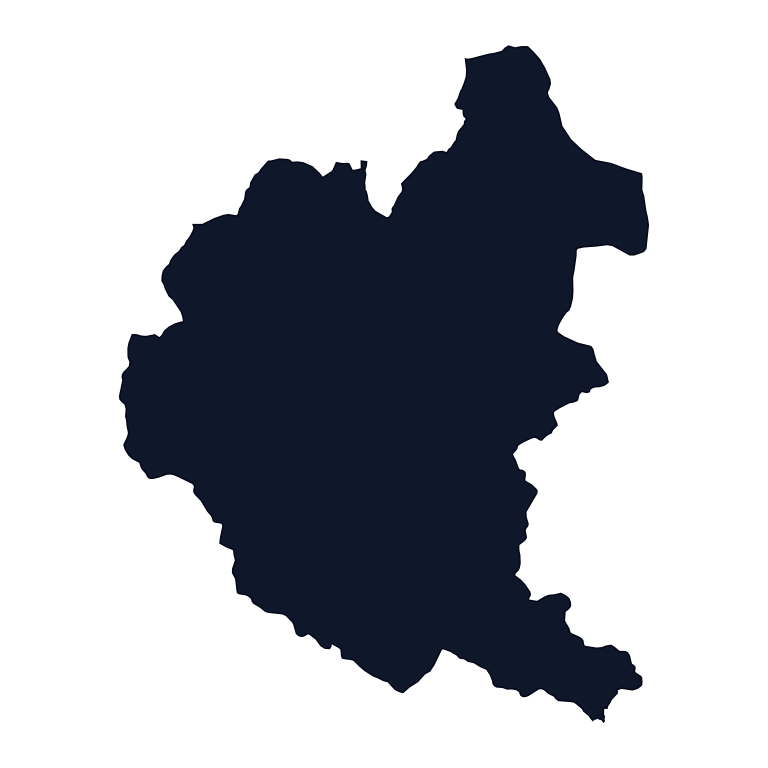 Bac Ha, Lào Cai, Vietnam
{"feature_id": "81297802B71116262659242", "entity_name": "Bac Ha", "entity_type": "district", "adm_level": 2, "iso_a3": "VNM", "parent_name": "Vietnam", "parent_adm1": "Lào Cai", "projection": "mercator", "projection_center": [104.318, 22.502], "detail": "fine", "context": "isolated", "style": "filled", "palette": "ink", "viewbox_px": 768, "rotation_deg": 0, "n_neighbors": 0, "source": "geoboundaries", "source_scale": "gbopen_adm2", "svg_char_len": 6106}
<svg xmlns="http://www.w3.org/2000/svg" viewBox="0 0 768 768"><path d="M608.1,382.1L606.4,374.8L596.2,361.8L593.9,354.2L592.7,349.1L590.8,346.6L577.6,343.3L563.9,337.0L557.2,332.4L556.7,330.1L558.0,325.3L562.0,317.8L566.1,312.2L568.6,310.2L570.4,306.3L572.3,298.0L572.7,291.1L572.4,277.7L573.8,270.5L575.9,255.5L575.9,250.5L577.3,248.1L583.6,246.8L595.8,245.9L607.0,244.5L612.7,245.4L629.8,254.8L634.1,254.8L643.4,251.5L645.8,248.5L648.3,225.1L647.2,217.4L645.7,211.2L643.5,195.8L641.6,190.0L641.9,177.3L641.4,173.8L626.0,169.2L611.0,163.6L595.1,160.6L580.7,149.3L570.7,139.8L561.8,126.4L558.8,113.4L556.7,108.0L548.6,97.5L547.2,93.2L547.4,91.3L548.7,89.1L550.2,83.9L549.8,79.7L544.4,67.8L539.4,59.3L533.2,52.3L527.6,46.8L521.6,46.8L514.9,48.0L508.6,46.1L505.4,48.0L501.9,51.6L493.7,53.7L488.7,54.4L470.9,59.0L467.7,59.4L465.5,59.0L466.9,70.2L466.4,76.9L464.5,83.0L461.8,89.7L460.9,90.9L458.4,98.4L455.1,104.1L456.8,107.3L457.8,108.3L463.2,109.1L463.3,112.7L463.9,115.9L466.7,118.8L464.7,121.5L464.5,124.4L458.6,131.6L457.4,135.2L456.2,140.8L455.0,141.8L450.9,148.2L449.1,149.2L446.7,153.3L445.3,152.4L442.4,151.5L434.6,152.2L433.0,153.2L429.3,156.3L428.0,158.6L426.7,159.7L422.7,161.5L421.2,161.7L419.8,162.8L416.7,167.6L411.9,173.4L401.8,183.7L402.9,189.0L402.3,191.8L398.2,197.3L394.4,205.8L392.8,207.7L392.3,208.8L392.5,211.9L392.1,213.0L389.3,217.2L386.8,218.1L375.1,211.5L371.5,207.3L367.9,200.8L367.3,196.3L366.1,191.6L364.7,189.3L365.0,187.1L364.4,183.0L365.7,174.6L364.8,170.4L366.3,165.2L366.6,161.8L361.3,161.1L361.5,168.8L356.8,170.1L352.3,170.6L348.8,163.8L346.5,163.5L342.5,163.8L336.4,162.7L333.2,170.2L331.8,171.8L322.6,177.7L319.3,173.5L312.3,166.9L303.2,162.9L297.2,162.1L291.8,162.5L289.8,160.5L287.9,159.7L279.3,159.1L271.6,161.1L268.3,161.3L261.2,169.3L259.7,171.8L258.3,173.2L255.2,175.1L250.9,182.7L250.2,187.4L246.8,190.2L245.9,191.8L244.8,199.4L241.3,206.5L239.7,208.7L238.5,213.9L237.4,215.5L235.9,215.9L228.4,214.7L223.5,215.5L214.1,218.9L202.4,224.6L193.2,224.6L194.2,227.8L193.1,231.2L189.7,237.5L186.8,241.1L184.6,245.6L181.8,247.6L179.4,251.4L175.2,254.7L173.1,257.2L170.8,260.7L169.6,264.4L166.4,267.1L163.5,270.9L162.3,275.9L162.1,280.9L164.2,284.5L165.5,288.6L169.2,296.0L173.1,299.4L181.3,311.6L183.0,316.9L183.8,321.9L181.4,322.2L175.2,324.0L169.4,327.0L164.7,330.9L162.2,335.4L159.5,338.0L154.7,334.9L146.4,336.6L141.5,336.3L136.5,334.9L132.3,334.7L129.1,343.1L128.1,348.4L128.2,355.9L128.5,358.0L130.1,361.7L129.7,365.3L129.1,367.0L124.1,372.1L122.5,374.7L122.3,377.5L123.0,380.0L119.7,396.2L120.0,399.1L121.6,401.1L125.1,404.1L126.4,408.9L125.8,416.3L126.8,420.4L127.4,426.7L128.6,432.3L128.5,434.1L127.3,437.9L124.2,444.3L124.1,445.4L125.4,449.4L128.9,455.1L132.7,458.6L139.8,462.3L141.4,467.2L142.4,469.0L146.1,473.2L147.4,476.0L148.8,477.7L150.6,478.3L153.5,478.2L159.1,476.8L166.5,474.1L170.5,473.8L174.2,474.6L178.6,476.5L192.2,483.1L193.9,484.7L194.7,486.5L193.9,490.1L194.1,492.4L195.5,494.4L201.3,500.5L207.6,511.0L211.0,514.9L212.4,517.3L213.3,520.7L214.8,521.9L221.0,522.9L222.7,524.1L223.0,526.3L220.6,537.8L220.0,543.1L226.7,546.9L232.9,549.3L233.9,550.4L234.2,554.5L235.6,560.3L232.8,568.7L232.6,571.8L232.8,573.1L235.8,578.7L237.4,592.2L238.7,593.5L246.0,594.7L248.7,596.0L251.6,598.5L252.3,601.3L253.9,603.3L260.5,607.2L265.2,611.1L268.2,612.2L282.6,613.7L286.2,615.4L292.7,622.0L294.0,624.6L296.4,633.3L298.2,635.1L300.6,636.2L302.3,636.3L304.6,635.5L307.4,633.7L309.4,633.9L316.2,639.1L320.9,645.6L324.8,648.1L329.4,648.5L330.7,646.6L331.0,644.0L331.5,643.3L339.0,647.4L341.1,649.3L341.7,656.1L342.2,657.7L343.0,658.2L345.2,658.6L352.0,659.5L354.2,660.5L360.0,666.3L365.0,670.5L373.6,676.0L377.9,677.6L383.5,680.5L387.9,681.5L395.1,689.3L397.9,690.8L402.2,692.4L403.1,692.3L409.4,686.8L417.6,681.6L424.8,673.7L429.7,671.1L433.9,664.7L441.1,649.8L441.8,648.9L443.3,648.5L451.4,651.5L453.0,652.8L456.8,654.8L459.8,658.0L464.5,658.7L468.2,661.2L473.8,662.4L480.7,666.6L486.6,669.1L490.4,674.7L493.0,681.8L493.1,683.5L494.2,685.3L495.5,686.3L497.0,686.9L502.6,687.3L507.2,688.9L512.2,688.7L516.7,689.6L519.6,691.7L520.8,695.1L522.6,696.3L524.0,696.5L526.5,696.1L528.5,695.2L538.9,688.6L542.0,688.6L544.5,689.7L548.5,693.2L554.4,696.2L555.9,698.4L558.5,700.4L571.6,701.5L574.0,702.0L576.0,703.2L582.4,708.5L583.8,711.2L589.2,715.5L591.0,718.4L592.9,720.4L594.0,719.1L595.9,718.8L597.7,717.7L599.6,719.1L602.0,719.7L603.5,721.9L604.2,721.0L603.7,718.6L604.4,717.0L603.4,714.7L603.4,709.1L604.2,708.0L606.9,708.3L607.7,705.5L609.8,702.6L611.1,699.6L617.1,693.2L617.2,691.7L616.5,690.1L621.2,688.1L632.4,689.8L637.2,688.4L640.4,686.1L641.5,684.8L641.8,682.5L641.5,678.0L640.7,676.5L635.4,673.1L634.4,671.7L634.9,668.4L634.7,666.8L633.5,665.5L631.8,664.6L631.1,663.5L629.6,656.6L628.6,654.4L627.2,652.7L625.3,651.7L619.9,651.6L618.3,650.9L614.4,647.5L611.0,645.4L606.0,646.2L602.4,647.7L596.7,648.3L585.5,646.6L584.0,645.7L583.3,644.1L582.8,640.7L581.2,638.6L579.3,637.4L571.0,633.7L569.8,632.4L568.7,628.5L564.3,620.9L565.0,611.4L567.6,609.5L569.3,607.7L570.3,606.3L570.4,604.5L570.2,602.5L568.9,598.7L565.5,595.8L560.9,593.5L554.3,595.0L548.7,595.5L544.6,597.2L537.2,601.6L529.2,600.3L528.3,599.6L528.4,598.5L530.2,594.9L529.8,592.2L524.9,584.9L520.2,579.9L514.9,576.0L514.4,574.3L516.3,571.8L518.2,570.0L519.1,567.9L520.0,563.3L519.7,555.1L518.8,551.2L518.6,548.2L518.7,544.7L524.7,540.1L526.3,537.5L525.1,531.5L525.1,529.8L526.0,527.9L527.3,526.3L527.9,524.9L527.9,523.6L526.0,517.1L525.8,511.7L536.4,493.7L537.0,491.3L536.7,490.0L531.4,484.9L525.1,481.3L524.6,480.0L525.2,474.6L524.9,472.3L522.5,470.5L519.7,470.2L518.3,468.7L515.3,460.6L512.5,455.1L512.5,453.7L516.6,448.8L517.5,445.5L519.2,444.1L524.1,441.3L531.1,438.0L534.5,437.1L536.6,437.6L539.7,439.7L541.6,440.0L545.6,435.9L547.5,434.6L551.2,432.8L552.3,430.0L556.9,425.4L556.9,424.3L553.7,416.4L553.2,413.3L553.6,411.6L554.7,410.6L559.3,407.7L569.3,402.5L572.6,402.1L576.7,400.7L577.5,399.8L578.7,394.6L580.9,391.8L582.7,391.5L586.3,392.4L588.8,391.9L589.3,391.5L589.9,389.0L592.9,387.3L595.8,386.6L599.4,386.5L604.4,385.1L608.1,382.1Z" fill="#0f172a" stroke="#020617" stroke-width="1.5"/></svg>